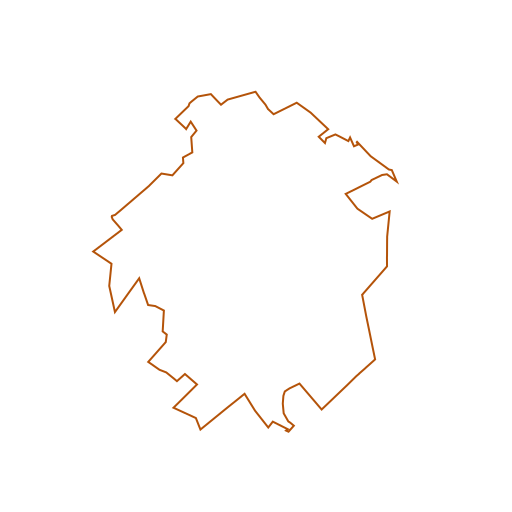 outline of Cumpas, Sonora, Mexico, rotated 141°
{"feature_id": "50627088B14847399319880", "entity_name": "Cumpas", "entity_type": "district", "adm_level": 2, "iso_a3": "MEX", "parent_name": "Mexico", "parent_adm1": "Sonora", "projection": "albers", "projection_center": [-109.812, 30.065], "detail": "fine", "context": "isolated", "style": "outline", "palette": "amber", "viewbox_px": 512, "rotation_deg": 141, "n_neighbors": 0, "source": "geoboundaries", "source_scale": "gbopen_adm2", "svg_char_len": 1825}
<svg xmlns="http://www.w3.org/2000/svg" viewBox="0 0 512 512"><g transform="rotate(141 256 256)"><path d="M402.6,228.3L399.0,222.0L396.9,212.1L396.2,208.5L385.5,209.0L382.7,193.3L397.4,191.8L415.6,190.0L404.7,167.9L408.4,156.1L377.0,156.2L372.2,156.2L354.8,156.1L351.6,156.1L354.1,136.4L354.4,115.0L347.2,116.7L340.3,101.4L342.5,101.4L341.3,99.0L333.4,100.3L334.3,105.0L335.0,107.1L333.5,116.3L328.1,124.4L322.7,130.1L319.5,132.2L318.8,132.6L317.9,132.5L317.0,132.4L316.7,132.4L313.1,132.0L302.5,129.5L301.6,95.4L266.1,98.3L253.7,99.5L250.0,99.6L249.9,99.7L241.8,100.0L240.9,100.1L230.0,100.6L228.5,100.7L222.4,112.5L214.8,127.1L208.4,139.5L197.9,159.1L196.7,159.2L196.5,159.3L160.7,165.5L154.7,173.0L154.3,173.4L143.8,186.2L143.2,186.9L141.9,188.5L124.1,206.5L142.3,211.8L147.4,228.9L147.4,230.8L147.2,247.8L120.4,241.8L118.4,242.3L107.0,239.6L102.8,237.1L99.8,225.3L96.4,237.3L98.3,239.6L104.1,261.4L105.6,281.1L106.1,281.0L106.5,278.4L110.8,279.6L108.3,288.9L111.9,287.2L116.0,296.6L117.8,300.5L127.2,303.3L131.3,300.4L132.2,309.2L120.1,309.1L122.7,328.4L123.3,333.0L127.9,349.5L153.1,355.1L154.1,362.2L154.2,362.5L153.4,367.7L153.5,376.9L153.0,383.9L154.3,384.5L179.6,395.4L188.0,395.6L188.5,401.3L189.2,410.2L200.9,416.6L208.7,416.6L211.6,416.5L214.1,414.9L232.4,413.3L232.3,413.0L230.4,399.1L230.4,398.6L229.0,399.1L222.2,401.5L223.3,390.9L231.5,389.2L240.3,376.6L250.8,378.5L254.0,373.9L270.2,371.3L277.6,379.6L292.3,378.1L293.5,378.0L294.8,377.8L334.3,376.7L335.9,376.7L336.0,376.7L339.6,376.6L342.7,377.8L343.5,377.2L344.3,374.7L344.1,368.9L344.0,367.1L343.9,360.8L379.7,361.9L373.2,340.9L388.9,325.1L400.9,301.2L377.3,307.7L360.8,312.2L366.4,297.8L366.8,296.5L370.7,285.8L365.8,280.5L361.9,271.6L376.0,256.1L374.8,251.1L380.3,245.9L406.4,241.5L402.6,228.3Z" fill="none" stroke="#b45309" stroke-width="2"/></g></svg>